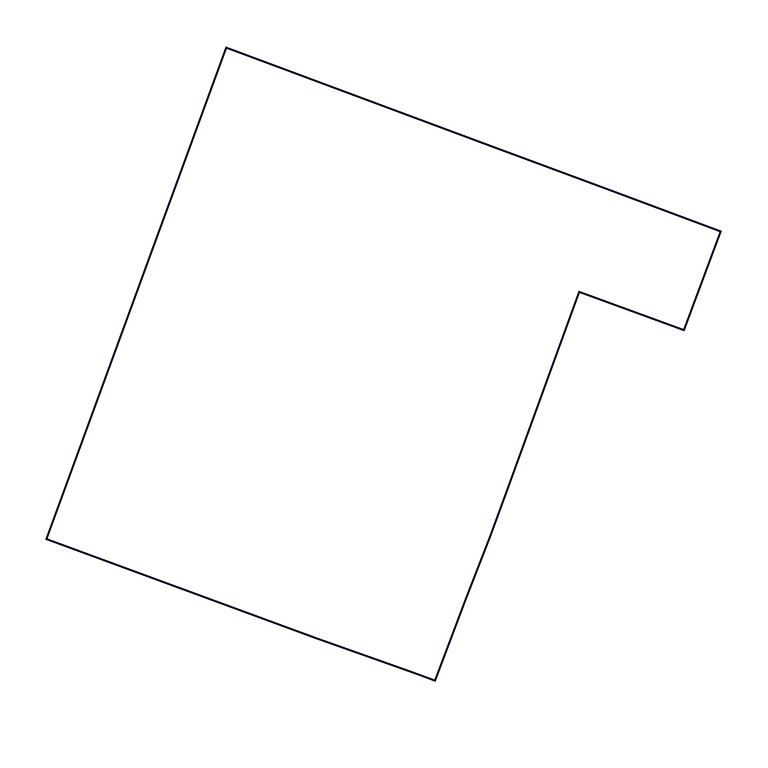 Waupaca, Wisconsin, United States of America (Mercator projection), rotated 20°
{"feature_id": "52423323B88732486793756", "entity_name": "Waupaca", "entity_type": "district", "adm_level": 2, "iso_a3": "USA", "parent_name": "United States of America", "parent_adm1": "Wisconsin", "projection": "mercator", "projection_center": [-88.85, 44.462], "detail": "fine", "context": "isolated", "style": "outline", "palette": "ink", "viewbox_px": 768, "rotation_deg": 20, "n_neighbors": 0, "source": "geoboundaries", "source_scale": "gbopen_adm2", "svg_char_len": 345}
<svg xmlns="http://www.w3.org/2000/svg" viewBox="0 0 768 768"><g transform="rotate(20 384 384)"><path d="M120.7,121.9L119.8,645.2L408.1,646.1L510.9,645.2L533.4,645.3L534.4,558.7L535.9,490.1L536.0,439.2L535.9,230.7L647.4,230.8L648.2,125.5L536.3,124.6L409.2,123.9L392.4,123.8L120.7,121.9Z" fill="none" stroke="#020617" stroke-width="2"/></g></svg>